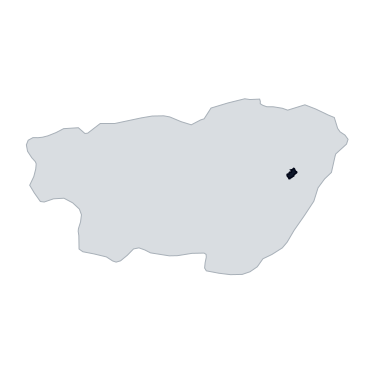 Lamgong, Paro, Bhutan (highlighted), rotated 174°
{"feature_id": "84629894B22495376544480", "entity_name": "Lamgong", "entity_type": "district", "adm_level": 2, "iso_a3": "BTN", "parent_name": "Bhutan", "parent_adm1": "Paro", "projection": "mercator", "projection_center": [89.36, 27.439], "detail": "fine", "context": "in_parent", "style": "filled", "palette": "ink", "viewbox_px": 384, "rotation_deg": 174, "n_neighbors": 0, "source": "geoboundaries", "source_scale": "gbopen_adm2", "svg_char_len": 3064}
<svg xmlns="http://www.w3.org/2000/svg" viewBox="0 0 384 384"><g transform="rotate(174 192 192)"><path d="M309.3,164.8L308.8,167.3L306.0,173.8L304.3,180.9L305.8,186.8L311.8,193.7L320.0,199.2L330.4,199.7L340.0,197.5L343.8,198.4L349.0,207.7L352.7,215.7L347.7,223.9L345.0,231.2L344.0,236.3L344.6,238.5L347.7,242.7L351.3,249.7L351.8,256.2L349.5,260.6L344.5,262.7L339.3,262.1L335.0,262.1L329.5,262.9L321.0,265.3L313.1,268.4L298.3,267.8L292.4,261.4L289.6,261.4L276.1,269.7L261.5,268.2L234.7,271.0L223.6,271.7L212.1,270.7L206.3,269.0L195.5,263.1L185.7,258.9L175.8,262.8L172.3,263.5L164.3,273.5L147.0,276.8L129.8,279.2L124.7,277.9L115.0,277.3L114.6,275.0L114.9,272.7L112.7,270.9L108.8,269.0L102.0,268.2L93.3,265.8L88.3,263.4L70.6,266.9L60.3,261.6L48.6,254.4L42.7,251.2L40.5,240.0L38.5,236.4L33.9,232.6L31.3,228.1L33.3,223.5L45.0,214.9L45.9,212.9L51.3,196.9L58.8,191.1L66.2,183.0L71.8,170.1L82.6,156.9L94.4,143.3L102.6,132.2L108.0,127.0L119.1,121.5L128.4,118.2L134.9,110.8L142.7,106.6L150.7,104.8L162.5,105.8L173.7,108.4L186.0,112.1L187.4,115.1L186.3,120.4L184.6,125.7L184.5,128.5L186.4,130.0L198.4,131.0L213.0,130.2L221.3,130.9L239.6,135.8L245.0,139.3L250.6,142.0L256.1,141.5L263.0,135.8L270.3,131.0L274.8,130.2L278.1,131.7L283.9,136.4L296.0,140.7L306.8,144.0L310.3,147.1L309.1,160.4L309.3,164.8Z" fill="#d9dde1" stroke="#a8b0b8" stroke-width="1"/><path d="M93.7,194.4L93.7,194.5L93.5,194.8L93.5,195.0L93.4,195.0L93.2,195.3L93.0,195.5L92.9,195.7L92.7,195.7L92.7,195.8L92.2,196.0L91.8,196.0L91.6,196.0L91.3,196.2L91.1,196.3L90.8,196.5L90.4,196.7L90.3,196.8L90.2,196.9L90.1,197.0L89.9,197.1L89.7,197.2L89.4,197.2L89.4,197.3L89.2,197.5L89.0,197.8L89.0,198.0L88.9,198.1L88.8,198.3L88.7,198.4L88.6,198.5L88.5,198.8L88.4,198.8L88.2,198.9L88.0,199.0L87.9,199.0L87.7,199.1L87.6,199.3L87.4,199.4L87.3,199.5L87.2,199.5L86.9,199.7L86.7,199.8L86.4,199.9L86.2,200.0L85.8,200.4L85.8,200.5L85.8,200.9L85.8,201.0L86.0,201.3L86.5,201.5L86.8,201.7L86.9,201.8L86.9,202.0L87.0,202.1L87.1,202.3L87.2,202.5L87.3,202.9L87.4,203.2L87.6,203.6L87.6,203.8L87.6,204.0L87.7,204.3L87.8,204.4L87.9,204.5L88.0,204.6L88.2,204.8L88.3,204.9L88.5,204.8L88.6,204.7L88.8,204.6L89.0,204.5L89.1,204.4L89.3,204.2L89.5,204.0L89.7,203.9L89.9,203.8L89.9,203.7L90.0,203.7L90.3,203.7L90.5,203.7L90.8,203.7L91.0,203.7L91.5,203.6L91.4,203.5L91.3,203.4L91.1,203.2L90.9,202.9L90.8,202.5L90.8,202.4L90.9,202.2L91.0,202.1L91.2,201.9L91.2,201.6L91.3,201.5L91.3,201.4L91.7,201.4L92.0,201.3L92.3,201.3L92.6,201.3L92.7,201.2L92.8,201.1L93.0,201.2L93.0,201.3L93.2,201.2L93.3,200.9L93.4,200.7L93.4,200.4L93.5,200.3L93.5,200.2L93.5,199.8L93.5,199.7L93.6,199.4L93.8,199.4L94.0,199.4L94.3,199.5L94.5,199.5L94.8,199.6L95.0,199.7L95.0,199.8L95.3,199.8L95.4,199.7L95.5,199.6L95.5,199.4L95.6,199.2L95.7,198.9L95.7,198.7L95.6,198.4L95.6,198.2L95.5,197.9L95.5,197.7L95.4,197.6L95.3,197.4L95.2,197.3L94.9,197.2L94.8,196.9L94.8,196.7L94.7,196.6L94.5,196.3L94.4,196.2L94.3,195.9L94.3,195.7L94.2,195.5L94.2,195.4L94.2,195.2L94.0,194.9L93.9,194.8L93.8,194.7L93.7,194.5L93.7,194.4Z" fill="#0f172a" stroke="#020617" stroke-width="1.5"/></g></svg>